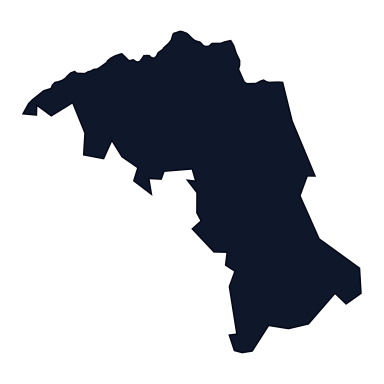 outline of Mitchell, North Carolina, United States of America
{"feature_id": "52423323B85327388246138", "entity_name": "Mitchell", "entity_type": "district", "adm_level": 2, "iso_a3": "USA", "parent_name": "United States of America", "parent_adm1": "North Carolina", "projection": "albers", "projection_center": [-82.222, 35.991], "detail": "fine", "context": "isolated", "style": "filled", "palette": "ink", "viewbox_px": 384, "rotation_deg": 0, "n_neighbors": 0, "source": "geoboundaries", "source_scale": "gbopen_adm2", "svg_char_len": 1570}
<svg xmlns="http://www.w3.org/2000/svg" viewBox="0 0 384 384"><path d="M173.5,33.5L172.6,35.6L171.3,40.1L168.7,43.4L163.6,48.0L163.1,49.0L162.4,49.8L161.4,50.5L158.4,52.5L157.0,55.1L156.2,56.6L153.8,58.4L150.5,57.1L149.4,55.7L147.0,55.5L143.9,55.7L141.6,59.1L139.8,61.5L137.4,62.1L135.7,61.5L133.3,59.8L129.8,60.7L128.5,60.4L122.2,54.1L121.4,53.8L115.1,55.9L111.1,58.0L107.7,60.7L106.6,62.6L99.2,67.9L96.7,69.2L93.8,69.4L90.7,71.2L88.3,71.7L84.9,73.6L77.1,73.3L75.9,72.7L74.7,71.5L70.6,73.0L66.6,76.8L66.2,77.7L61.8,80.6L58.1,81.8L54.9,82.5L52.4,85.2L51.1,88.5L43.7,90.8L32.5,99.7L28.6,103.7L23.0,113.8L36.4,115.0L36.7,105.1L51.3,115.8L72.7,102.6L85.0,133.1L83.7,154.8L103.6,158.6L111.8,140.3L122.0,156.7L137.9,167.7L133.8,180.8L151.4,194.2L148.8,178.5L161.2,179.1L164.0,171.2L192.2,168.9L195.8,181.2L187.4,180.2L197.0,192.6L196.9,212.8L201.2,220.9L192.3,228.9L214.0,251.9L227.2,252.2L225.6,265.1L235.0,271.2L229.4,286.6L236.9,334.1L229.3,335.1L234.4,350.5L242.2,352.6L252.2,351.0L268.6,325.4L288.5,328.6L308.4,323.9L335.0,293.2L346.1,303.9L361.0,293.3L359.5,268.2L319.1,238.9L299.9,195.8L307.2,175.9L315.0,176.0L292.1,121.1L282.6,82.4L278.7,82.1L269.0,82.4L266.6,81.9L263.6,80.1L260.8,81.0L256.0,83.5L246.8,83.7L244.1,81.8L238.5,69.2L239.6,65.2L239.6,60.4L236.2,53.3L233.7,45.6L230.7,40.6L224.6,41.9L220.8,43.4L214.3,43.4L212.0,43.5L210.7,44.6L209.4,46.0L206.9,46.5L204.0,46.1L203.2,45.5L202.3,44.5L199.9,42.1L196.8,41.3L194.1,40.1L191.1,37.5L189.1,35.4L186.8,33.4L181.8,31.5L179.8,31.4L176.3,32.6L173.5,33.5Z" fill="#0f172a" stroke="#020617" stroke-width="1.5"/></svg>